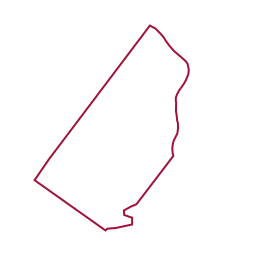 outline of Clermont, Ohio, United States of America, rotated 211°
{"feature_id": "52423323B73529130957654", "entity_name": "Clermont", "entity_type": "district", "adm_level": 2, "iso_a3": "USA", "parent_name": "United States of America", "parent_adm1": "Ohio", "projection": "robinson", "projection_center": [-84.222, 39.021], "detail": "fine", "context": "isolated", "style": "outline", "palette": "rose", "viewbox_px": 256, "rotation_deg": 211, "n_neighbors": 0, "source": "geoboundaries", "source_scale": "gbopen_adm2", "svg_char_len": 752}
<svg xmlns="http://www.w3.org/2000/svg" viewBox="0 0 256 256"><g transform="rotate(211 128 128)"><path d="M94.5,28.6L93.9,31.0L87.1,35.9L74.8,47.4L78.2,53.2L86.4,51.5L89.0,55.2L85.1,62.1L81.5,66.9L76.3,113.4L74.8,127.4L76.8,129.5L79.7,133.6L81.5,137.8L82.2,140.3L82.4,142.0L82.9,148.8L85.1,153.8L87.8,158.0L89.4,159.4L94.0,165.4L95.3,166.7L99.0,173.1L99.9,174.7L100.8,175.6L102.6,178.6L103.3,182.2L103.4,183.7L103.5,185.9L103.5,186.7L102.9,194.4L103.0,198.7L103.7,203.5L103.9,204.8L104.0,205.1L105.6,208.7L106.7,210.2L109.7,213.4L112.0,214.7L114.4,215.3L128.3,217.7L135.1,219.9L141.4,222.6L143.6,223.9L148.4,225.5L155.8,227.4L158.5,227.2L162.0,227.1L179.7,60.3L181.2,35.2L176.8,34.8L94.5,28.6Z" fill="none" stroke="#9f1239" stroke-width="2"/></g></svg>